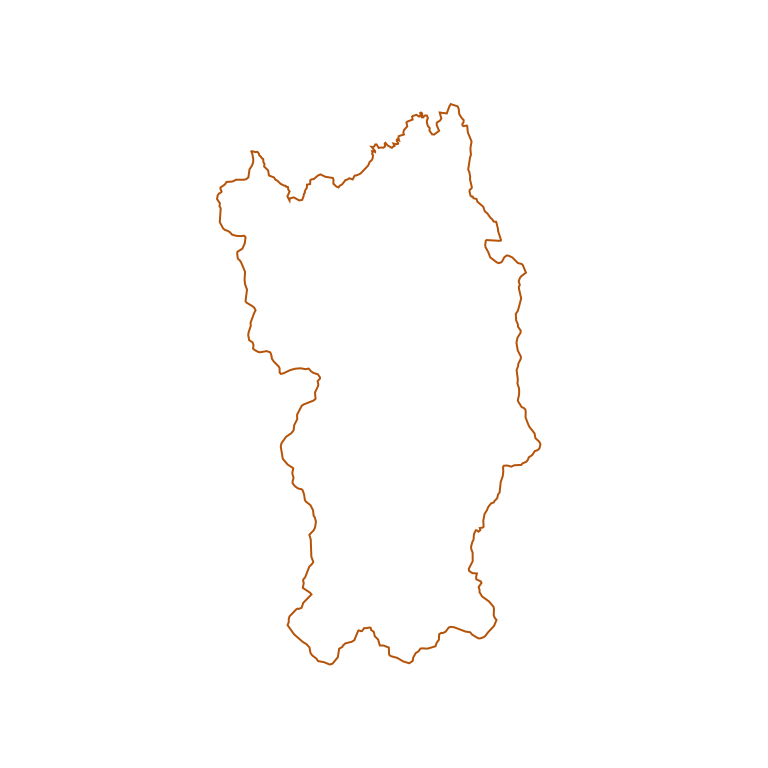 outline of Sop Cop, Son La, Vietnam, rotated 58°
{"feature_id": "81297802B35904575630157", "entity_name": "Sop Cop", "entity_type": "district", "adm_level": 2, "iso_a3": "VNM", "parent_name": "Vietnam", "parent_adm1": "Son La", "projection": "albers", "projection_center": [103.41, 20.879], "detail": "fine", "context": "isolated", "style": "outline", "palette": "amber", "viewbox_px": 768, "rotation_deg": 58, "n_neighbors": 0, "source": "geoboundaries", "source_scale": "gbopen_adm2", "svg_char_len": 6165}
<svg xmlns="http://www.w3.org/2000/svg" viewBox="0 0 768 768"><g transform="rotate(58 384 384)"><path d="M120.0,368.4L119.2,370.2L116.6,372.5L116.5,373.3L118.7,373.6L124.0,375.7L126.7,377.5L128.8,380.2L130.7,384.3L136.9,389.5L137.3,392.1L136.6,394.4L132.3,401.4L132.2,404.1L131.6,406.0L129.2,410.5L130.5,413.2L130.7,418.5L131.5,419.2L134.7,419.7L135.1,420.3L135.1,423.4L136.0,425.2L138.7,427.6L143.8,427.4L145.9,429.2L148.5,429.4L159.7,437.5L166.9,438.0L169.1,437.2L171.4,435.3L173.8,434.2L176.9,433.7L180.2,430.6L183.0,426.6L184.0,424.2L185.6,423.6L186.4,423.8L190.9,427.5L194.2,432.4L194.2,438.2L195.4,439.3L200.1,441.5L203.4,440.7L205.6,440.8L215.3,442.4L222.0,447.2L226.2,449.1L231.3,450.1L240.3,457.5L242.1,457.5L248.6,454.2L250.7,453.6L253.5,453.9L255.0,456.5L261.4,464.8L263.9,466.0L268.8,471.8L270.7,473.3L275.4,475.1L279.0,473.4L281.8,474.0L284.6,476.3L286.6,475.7L290.1,473.7L291.4,472.4L293.9,466.1L296.9,463.7L299.7,464.2L303.3,465.7L306.2,465.6L313.6,464.0L315.3,464.2L318.9,466.4L320.8,466.1L321.7,463.3L322.5,456.2L323.9,451.4L326.4,446.5L329.9,442.6L331.0,439.7L334.4,439.2L337.0,438.1L340.8,434.9L344.5,434.8L345.5,435.5L346.4,438.8L349.5,439.9L350.9,441.1L354.6,447.0L360.3,449.9L360.7,452.5L358.8,462.7L358.8,465.2L363.9,473.9L367.9,476.3L371.4,482.1L375.3,485.1L376.6,488.6L376.9,495.1L379.9,502.3L382.3,504.7L393.9,509.5L401.5,508.3L407.3,505.6L411.1,509.1L415.6,510.4L418.0,513.0L419.8,514.1L423.1,513.8L425.4,513.0L427.5,511.9L429.5,509.7L431.0,509.3L435.3,510.3L440.5,512.6L442.5,512.5L447.7,510.6L453.6,511.1L458.4,513.5L460.2,513.3L464.8,514.7L469.2,518.6L470.8,521.1L472.3,527.2L477.0,528.5L492.1,537.2L497.3,538.2L498.2,539.6L499.4,544.3L506.1,553.2L507.0,556.0L508.1,556.9L510.2,557.5L513.9,560.9L521.8,557.3L524.0,557.0L526.8,568.4L530.1,572.5L529.6,575.5L528.6,576.5L528.6,577.7L531.0,587.3L532.7,589.2L535.6,591.1L537.4,593.6L548.6,592.9L559.9,589.5L563.5,587.6L567.9,586.8L573.3,588.9L576.1,588.7L580.9,586.9L584.1,586.7L588.1,582.3L593.1,578.7L593.9,575.8L591.2,567.9L584.7,562.3L584.9,558.8L584.0,557.1L583.5,554.1L585.5,548.1L585.5,544.9L579.7,536.8L579.5,536.1L581.6,534.3L581.8,533.4L580.5,530.2L581.6,528.6L582.8,525.3L583.8,524.5L585.6,525.3L588.8,524.0L593.0,525.5L597.6,524.4L603.5,526.1L605.6,522.9L610.1,519.6L616.1,523.0L617.0,523.0L618.4,522.4L623.3,517.9L629.5,514.7L634.2,510.6L634.1,506.5L631.5,504.2L629.0,499.7L629.0,496.4L627.7,493.4L628.4,491.7L631.5,487.3L633.7,479.3L631.3,476.4L630.0,473.0L625.4,469.8L625.4,467.2L626.4,466.1L626.7,463.1L624.8,458.0L625.3,456.1L627.5,453.4L637.0,446.2L640.2,442.5L643.4,442.0L649.5,438.9L650.5,437.7L651.5,434.0L651.4,431.7L649.8,427.6L647.5,418.9L643.7,413.6L641.2,414.0L638.4,413.6L633.0,409.9L631.0,409.2L624.3,410.1L616.2,413.4L611.1,413.3L609.3,412.1L606.3,411.3L604.4,406.8L602.8,406.5L598.5,409.2L596.4,408.1L593.9,405.6L591.2,409.3L587.6,410.9L585.6,410.0L581.3,402.7L574.0,398.2L570.3,397.5L568.0,396.3L564.8,392.8L563.5,390.6L559.0,387.3L556.7,383.7L557.3,382.8L559.3,382.1L559.0,379.8L556.9,379.1L558.0,376.6L557.8,375.1L552.6,372.3L547.5,367.6L545.5,363.5L543.5,360.7L542.0,356.6L542.6,353.5L541.9,352.6L540.8,348.5L538.1,345.8L537.3,343.5L528.9,336.9L525.1,332.2L521.7,329.4L517.5,327.0L516.8,325.7L518.4,322.7L521.5,319.9L522.0,316.5L525.4,310.4L524.7,308.7L525.4,304.4L524.4,301.9L522.9,300.1L522.8,295.9L520.8,291.7L521.4,289.4L521.3,287.2L520.7,285.9L517.9,283.2L515.2,282.9L510.3,284.3L505.6,282.5L497.4,283.4L494.7,283.1L487.2,281.6L482.3,278.3L480.3,277.7L478.8,278.0L476.4,279.5L469.8,279.5L468.7,279.1L464.5,275.0L461.6,273.1L459.2,271.8L454.3,270.6L451.1,268.1L442.5,264.2L439.9,260.8L437.9,259.3L435.3,254.9L433.4,253.4L426.4,252.8L419.2,249.8L415.5,246.3L412.9,241.0L411.1,239.8L406.4,240.0L404.2,238.8L400.1,238.2L394.4,235.1L392.8,231.6L384.1,222.3L375.1,219.2L372.9,218.1L372.1,216.4L368.2,215.3L366.0,212.4L365.3,210.4L364.8,204.6L356.7,203.3L355.1,203.7L352.3,206.4L344.7,208.1L341.3,210.3L340.0,211.9L340.3,214.9L342.7,219.0L342.9,220.3L342.3,222.7L340.6,223.9L333.0,226.8L327.3,225.7L321.7,225.4L319.6,224.4L316.4,221.7L316.3,220.7L323.7,210.3L324.3,209.1L323.9,208.5L314.7,206.2L312.7,205.1L305.9,202.9L304.4,204.9L301.4,205.0L299.3,205.7L294.4,205.9L290.9,207.0L286.3,205.9L278.9,208.2L276.1,207.5L273.9,209.7L271.9,209.5L271.5,210.4L270.4,210.9L265.7,209.3L264.8,208.4L264.5,206.1L263.6,205.2L256.2,202.7L253.7,201.0L249.4,199.3L246.8,199.0L237.5,191.0L235.8,188.9L230.0,185.9L224.7,181.2L215.1,179.6L209.2,176.7L208.6,176.9L207.6,179.7L206.7,180.4L205.1,179.9L204.3,178.0L202.4,176.6L199.6,177.2L195.1,177.2L190.1,174.8L187.6,174.4L182.0,179.1L183.1,181.3L187.8,187.4L183.3,192.9L189.3,194.7L190.3,197.0L190.3,200.6L191.2,201.4L192.3,202.1L198.5,203.1L199.0,209.3L197.8,210.9L193.2,211.2L191.2,209.6L188.6,210.1L185.2,209.2L183.3,208.0L181.7,205.8L178.9,205.4L177.8,207.6L178.7,209.3L178.0,210.5L174.7,208.3L173.4,208.8L173.3,209.6L175.2,210.5L176.1,211.8L175.7,212.6L173.0,213.8L172.0,217.2L172.1,218.5L174.9,219.6L173.8,225.4L174.0,226.3L177.9,227.8L179.2,232.5L181.2,234.5L183.0,234.9L181.6,240.1L182.9,241.4L185.3,242.1L183.5,243.1L183.6,243.7L184.8,244.4L187.3,244.3L187.8,244.9L187.1,246.6L185.1,248.6L187.7,248.9L187.5,250.9L187.9,252.2L183.4,254.6L180.2,255.0L180.4,255.9L183.2,257.4L183.2,259.5L181.8,261.2L181.1,263.4L177.0,263.3L176.2,264.5L177.2,266.0L177.4,267.6L176.3,268.9L181.7,268.1L182.5,268.6L180.7,269.7L180.2,270.8L181.8,271.1L182.6,272.2L184.3,272.1L186.7,274.2L187.8,276.1L188.0,278.3L190.4,281.8L193.1,292.5L192.6,296.5L191.7,298.4L193.9,302.2L191.2,304.3L191.2,306.9L190.6,308.5L192.5,313.6L192.4,316.4L193.2,318.4L191.2,319.8L187.3,320.8L184.1,318.6L182.2,318.2L177.2,323.9L172.6,326.8L172.2,329.4L173.0,335.1L172.1,336.9L172.1,338.5L175.3,340.7L174.1,343.7L176.9,345.6L177.5,347.3L179.0,349.4L180.0,349.9L180.5,351.4L182.1,352.6L184.5,355.8L183.4,358.6L177.9,361.7L176.7,365.5L178.4,366.9L173.7,366.5L170.7,362.0L168.6,362.2L166.1,361.1L164.7,362.5L163.8,362.4L162.8,363.6L159.4,365.6L155.1,366.7L153.3,367.8L150.6,367.8L146.2,371.1L141.5,369.1L136.0,370.4L134.0,368.7L132.2,368.8L129.1,367.2L127.9,368.0L126.2,367.9L124.0,368.6L122.1,368.0L120.0,368.4Z" fill="none" stroke="#b45309" stroke-width="2"/></g></svg>